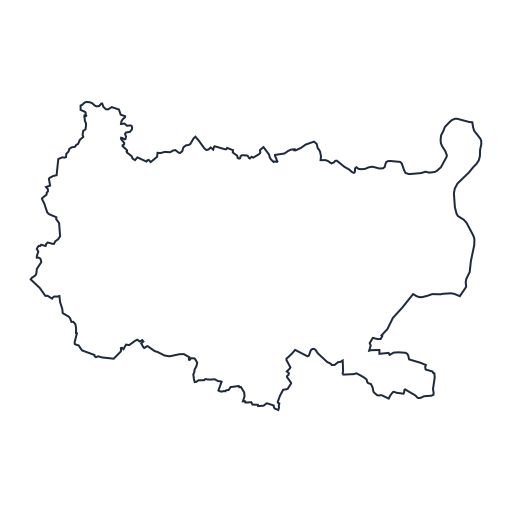 the district of Thieu Hoa, Thanh Hóa, Vietnam
{"feature_id": "81297802B18173194226488", "entity_name": "Thieu Hoa", "entity_type": "district", "adm_level": 2, "iso_a3": "VNM", "parent_name": "Vietnam", "parent_adm1": "Thanh Hóa", "projection": "albers", "projection_center": [105.666, 19.898], "detail": "fine", "context": "isolated", "style": "outline", "palette": "slate", "viewbox_px": 512, "rotation_deg": 0, "n_neighbors": 0, "source": "geoboundaries", "source_scale": "gbopen_adm2", "svg_char_len": 6020}
<svg xmlns="http://www.w3.org/2000/svg" viewBox="0 0 512 512"><path d="M379.3,395.5L380.8,395.1L382.1,395.4L388.7,398.6L390.4,395.3L392.8,392.2L393.8,391.8L396.7,392.8L403.5,393.7L404.2,392.0L404.3,390.2L405.1,389.4L415.6,395.6L417.0,397.3L418.3,398.0L420.5,397.9L423.7,396.4L425.4,396.1L431.5,395.7L433.5,394.7L433.6,392.7L433.0,388.9L434.7,377.6L434.4,373.3L433.3,373.1L432.5,371.5L425.6,369.5L425.2,366.8L425.9,365.0L420.6,362.8L409.1,359.4L408.2,355.4L407.2,353.8L405.5,352.8L398.9,352.3L393.7,352.6L389.6,354.9L388.6,352.9L379.4,353.8L379.4,350.0L370.8,350.2L369.2,350.7L370.7,345.5L369.7,343.1L372.8,337.9L377.8,339.1L380.7,339.0L382.3,336.0L381.5,335.4L387.4,329.1L392.9,317.9L402.2,307.7L413.1,294.1L416.8,296.3L419.4,297.1L422.2,297.1L427.1,295.9L432.2,294.1L440.6,294.3L442.8,293.8L451.0,293.3L454.4,293.9L459.8,296.2L466.0,287.1L466.2,286.4L465.7,282.4L466.0,280.3L466.3,278.9L469.7,272.0L470.9,261.0L474.2,245.3L474.4,239.8L474.1,237.7L473.0,235.0L466.5,222.7L463.6,219.6L458.0,216.1L456.7,214.1L454.9,207.4L453.9,193.3L454.8,188.5L457.5,183.5L468.9,172.5L473.1,167.3L476.3,164.1L478.7,160.5L479.4,158.2L479.9,155.9L480.1,149.8L481.3,144.1L481.2,140.8L480.3,138.6L474.1,130.7L473.1,127.3L472.3,122.3L469.2,122.0L457.3,118.8L455.2,118.7L452.0,120.0L449.9,121.7L444.8,127.1L443.4,130.9L441.1,135.3L440.6,140.0L440.9,143.3L442.2,146.3L445.4,151.3L446.9,155.5L446.5,157.0L440.9,167.3L436.4,171.2L434.5,172.0L431.6,172.4L428.8,172.6L425.7,171.7L420.9,173.1L409.1,174.1L405.5,173.0L404.0,169.9L401.7,163.4L400.1,161.9L390.4,161.0L388.1,161.1L386.4,161.9L385.7,163.2L384.7,167.0L383.0,168.3L379.6,168.5L372.4,166.7L368.4,167.4L365.4,168.8L361.4,169.2L358.5,168.9L356.4,167.2L355.1,168.4L354.9,171.5L354.4,172.6L353.8,172.8L352.3,172.3L349.1,169.5L344.5,166.9L336.8,160.7L335.4,160.8L333.6,162.6L331.4,163.4L327.9,161.0L325.5,160.1L320.6,160.1L321.0,156.4L320.1,151.8L318.9,149.4L317.9,148.6L316.6,143.8L314.0,141.6L305.6,144.6L301.1,147.8L295.6,150.4L294.6,150.3L295.1,149.5L294.7,149.2L290.8,149.7L288.2,150.9L284.5,153.5L275.0,154.9L274.9,155.6L277.4,161.4L276.9,161.9L274.4,161.5L273.6,162.0L270.8,159.2L269.8,157.5L269.0,154.5L263.5,147.1L260.3,149.7L260.0,150.2L260.3,152.8L259.0,154.2L253.3,157.6L251.6,156.8L249.8,158.5L249.1,158.1L247.9,156.1L246.9,155.5L242.0,155.2L240.7,156.1L240.0,158.3L239.0,158.6L237.6,157.9L237.2,155.7L232.8,152.5L233.0,150.2L227.1,147.9L226.4,149.2L225.2,149.3L214.7,146.3L214.0,146.9L213.2,149.6L210.6,147.5L208.5,149.5L206.4,150.0L204.5,148.6L199.0,140.9L195.4,136.7L193.6,138.4L190.3,144.0L188.6,145.0L185.9,145.4L183.4,147.4L182.2,151.3L180.0,153.0L178.7,152.7L175.4,150.1L173.4,150.4L170.1,152.2L164.6,151.9L160.5,153.1L157.5,152.8L157.1,156.8L150.6,162.1L148.7,159.9L147.5,160.2L146.5,161.6L137.4,157.4L135.0,160.1L132.5,158.5L131.7,156.2L126.9,152.5L126.6,151.5L127.1,151.1L127.0,150.2L122.6,146.2L122.6,145.2L124.0,144.6L124.3,143.1L121.3,139.4L120.9,138.2L121.1,137.7L122.1,137.9L124.5,139.4L125.5,139.0L126.0,136.4L125.0,134.0L126.0,132.5L129.5,132.0L130.3,131.5L132.0,129.2L132.1,127.3L131.5,125.8L130.2,125.4L127.0,125.8L124.6,123.6L121.0,124.0L121.5,121.1L122.6,119.4L125.0,117.3L125.1,116.2L120.7,114.7L118.9,109.5L111.7,107.1L108.3,109.3L106.0,109.3L103.4,106.9L102.2,103.5L101.4,103.5L99.2,106.0L96.6,106.4L94.7,105.5L92.0,103.1L89.6,102.2L86.4,102.0L84.7,102.5L82.0,105.0L80.6,105.5L80.6,109.9L84.9,111.8L85.6,112.5L85.7,114.6L86.3,115.7L85.8,116.2L84.5,115.5L84.3,116.1L85.0,121.2L86.0,123.4L86.0,125.7L85.5,129.3L83.2,130.9L82.6,134.7L83.3,136.9L79.8,139.9L78.1,143.9L76.2,144.9L75.0,146.8L71.7,147.3L69.3,148.9L68.6,151.5L66.3,153.8L66.0,157.1L64.2,157.7L62.5,157.3L58.3,159.0L56.6,175.2L53.3,176.0L49.7,177.8L48.9,178.7L50.1,185.6L46.0,187.0L47.9,189.2L47.9,191.5L46.8,192.5L46.5,194.7L42.4,197.9L41.9,198.8L44.3,203.6L47.2,212.3L48.9,214.1L56.4,217.3L56.2,219.2L59.1,223.1L60.1,236.2L58.3,239.1L55.3,241.3L54.0,243.8L53.3,244.0L47.7,242.5L46.3,243.8L45.6,246.0L41.2,244.7L40.2,246.0L39.0,245.8L38.0,246.7L36.8,248.9L38.3,251.7L36.8,256.2L36.8,257.7L38.5,257.6L40.0,258.4L40.6,259.1L41.3,262.1L36.9,268.8L36.3,273.6L35.4,275.5L31.9,277.7L30.7,279.4L39.8,288.0L45.4,295.9L47.5,295.8L52.1,298.6L52.7,297.6L54.4,296.5L57.3,296.6L59.4,296.0L60.1,302.1L62.3,309.0L62.7,313.1L68.8,316.7L70.1,318.3L71.4,321.9L73.2,321.8L75.3,324.0L76.1,328.1L76.0,333.1L76.9,333.3L74.6,342.4L74.7,343.9L75.3,344.4L78.6,345.4L82.0,350.4L94.5,355.0L94.6,356.2L95.9,357.2L98.2,356.3L101.9,357.4L113.7,358.7L120.6,351.7L121.1,350.4L120.9,348.1L122.0,347.8L123.5,349.2L126.0,344.6L129.2,345.1L135.1,340.8L137.4,339.7L139.6,341.5L142.2,340.1L143.4,341.5L141.2,343.4L143.7,347.7L144.4,348.0L146.9,346.2L147.7,346.2L154.6,351.1L157.6,352.0L164.5,355.5L169.6,356.3L179.6,354.2L183.8,354.1L189.3,357.2L188.8,358.9L189.0,359.8L189.7,359.9L191.1,358.2L194.3,358.4L195.1,359.0L197.2,362.6L196.4,366.3L194.6,369.5L194.2,372.5L193.3,374.5L194.0,379.6L194.8,382.1L195.9,382.0L198.5,380.3L204.1,380.2L205.2,379.1L209.3,379.6L214.8,379.3L218.0,381.1L220.8,381.4L221.6,381.7L218.4,390.5L219.8,391.3L222.1,391.6L223.9,391.0L225.3,391.3L226.1,390.3L228.6,390.0L230.6,387.1L238.8,386.0L239.3,387.2L240.9,387.0L244.2,392.4L244.5,396.6L242.9,401.3L244.8,401.1L245.3,401.5L245.3,402.4L246.0,402.6L251.3,402.2L252.5,404.6L257.9,404.8L258.1,406.1L263.6,405.7L266.5,403.4L267.4,403.4L273.7,405.5L273.9,407.3L274.8,408.6L278.3,410.0L279.0,407.6L278.8,405.8L279.3,403.4L277.9,402.7L277.7,402.0L280.0,395.7L283.2,389.7L286.5,389.3L287.8,388.7L291.1,383.4L291.0,382.7L286.9,376.9L287.2,375.9L288.5,374.8L288.9,373.2L286.8,371.4L289.6,368.8L290.4,367.4L286.5,360.1L286.4,358.8L291.8,353.8L295.1,349.9L307.5,356.3L308.8,355.7L310.9,350.1L312.5,348.9L314.1,349.0L315.5,349.8L317.7,353.2L327.3,362.1L330.6,363.6L331.7,365.0L334.7,364.9L337.8,362.3L340.6,361.8L342.7,360.5L343.1,371.1L342.6,373.2L343.3,374.6L354.0,374.1L356.4,373.3L361.2,375.8L364.5,377.8L366.6,379.6L367.4,382.3L368.1,383.1L371.0,384.1L372.6,387.5L373.4,391.5L374.2,392.7L377.3,395.3L379.3,395.5Z" fill="none" stroke="#1e293b" stroke-width="2"/></svg>